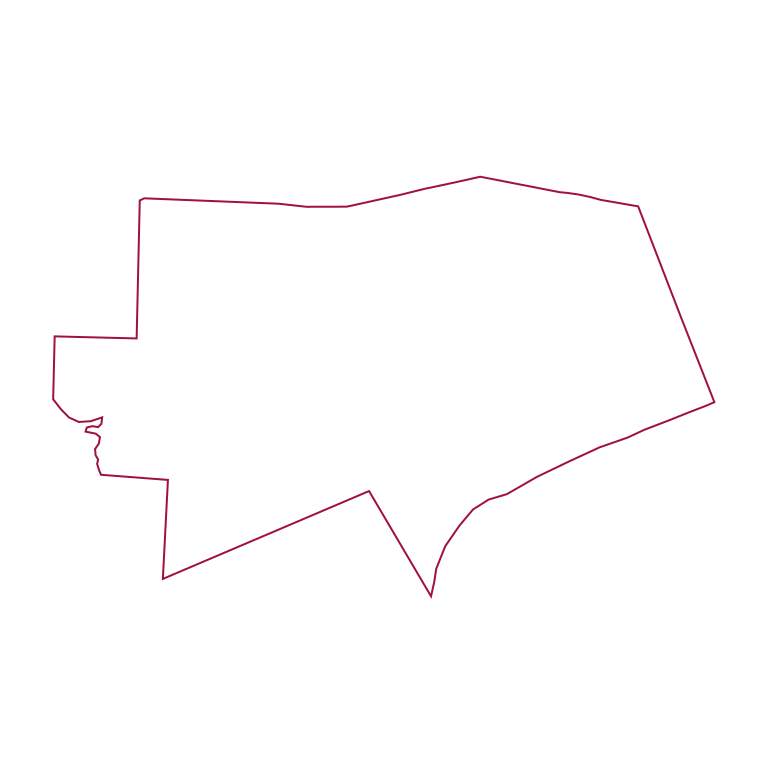 outline of Ta Khmau, Kândal, Cambodia, rotated 92°
{"feature_id": "14789045B91886008467417", "entity_name": "Ta Khmau", "entity_type": "district", "adm_level": 2, "iso_a3": "KHM", "parent_name": "Cambodia", "parent_adm1": "Kândal", "projection": "natural_earth1", "projection_center": [104.946, 11.457], "detail": "fine", "context": "isolated", "style": "outline", "palette": "rose", "viewbox_px": 768, "rotation_deg": 92, "n_neighbors": 0, "source": "geoboundaries", "source_scale": "gbopen_adm2", "svg_char_len": 904}
<svg xmlns="http://www.w3.org/2000/svg" viewBox="0 0 768 768"><g transform="rotate(92 384 384)"><path d="M410.8,714.1L420.6,705.9L428.5,697.6L432.6,687.6L431.4,675.7L427.2,664.5L433.6,665.0L437.1,668.2L436.3,674.0L437.9,679.5L442.0,680.6L443.7,670.3L447.0,666.0L453.5,666.9L459.1,670.5L465.3,669.7L469.4,667.1L473.9,667.9L480.4,665.6L484.6,663.6L487.4,596.6L586.5,598.2L581.2,586.9L491.5,395.2L594.5,329.6L580.2,326.9L567.0,325.4L543.9,317.1L522.8,303.6L506.3,290.7L495.9,275.5L489.8,257.4L471.4,227.8L455.0,196.5L439.8,166.4L429.0,138.6L420.7,122.3L409.9,96.8L401.8,78.5L394.4,61.1L390.6,53.2L306.3,89.8L197.6,136.2L193.6,165.2L192.5,173.4L189.9,184.6L187.8,196.4L186.6,207.8L186.2,215.0L173.5,295.1L181.0,323.9L187.6,350.5L194.2,373.6L206.6,421.5L208.1,427.7L209.6,467.9L207.5,495.8L206.8,630.1L209.1,634.5L347.1,632.8L347.9,714.8L410.8,714.1Z" fill="none" stroke="#9f1239" stroke-width="2"/></g></svg>